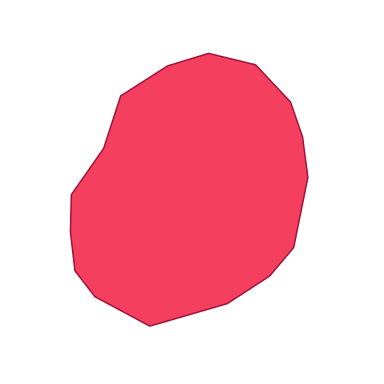 Yevlakh City, Yevlakh, Azerbaijan, rotated 108°
{"feature_id": "54616110B78344971255813", "entity_name": "Yevlakh City", "entity_type": "district", "adm_level": 2, "iso_a3": "AZE", "parent_name": "Azerbaijan", "parent_adm1": "Yevlakh", "projection": "natural_earth1", "projection_center": [47.167, 40.614], "detail": "fine", "context": "isolated", "style": "filled", "palette": "rose", "viewbox_px": 384, "rotation_deg": 108, "n_neighbors": 0, "source": "geoboundaries", "source_scale": "gbopen_adm2", "svg_char_len": 426}
<svg xmlns="http://www.w3.org/2000/svg" viewBox="0 0 384 384"><g transform="rotate(108 192 192)"><path d="M297.4,281.6L303.2,278.9L321.6,251.9L332.6,190.8L331.5,189.1L287.2,123.9L247.9,92.2L213.5,78.1L142.3,86.3L105.4,103.9L75.9,126.2L75.5,127.0L51.4,170.8L54.1,206.5L55.0,219.0L79.6,254.2L122.6,289.5L145.6,289.5L177.9,289.5L231.9,305.9L267.5,295.3L297.4,281.6Z" fill="#f43f5e" stroke="#9f1239" stroke-width="1.5"/></g></svg>